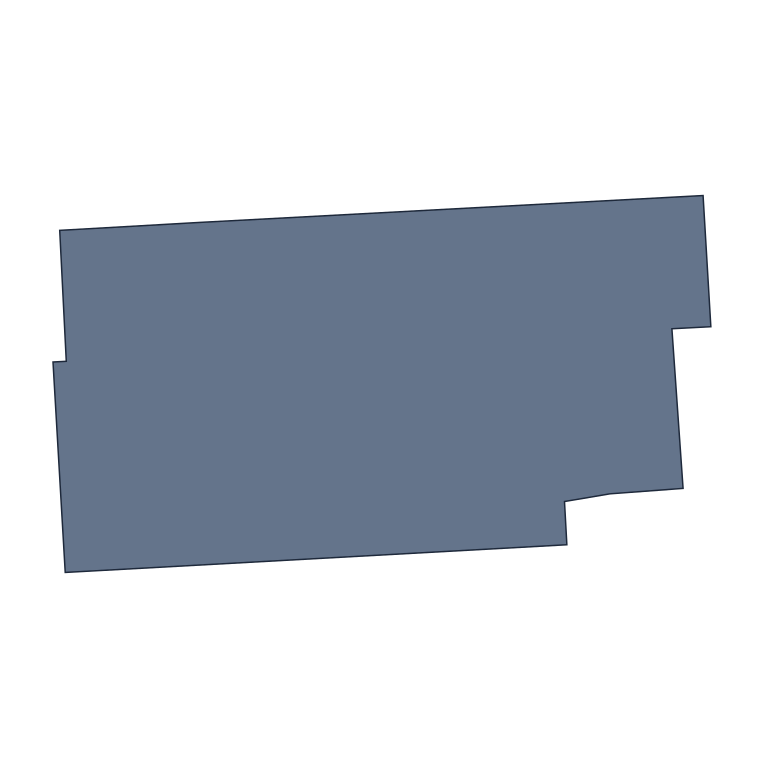 the district of Douglas, Illinois, United States of America, rotated 357°
{"feature_id": "52423323B58198584375209", "entity_name": "Douglas", "entity_type": "district", "adm_level": 2, "iso_a3": "USA", "parent_name": "United States of America", "parent_adm1": "Illinois", "projection": "robinson", "projection_center": [-88.204, 39.766], "detail": "fine", "context": "isolated", "style": "filled", "palette": "slate", "viewbox_px": 768, "rotation_deg": 357, "n_neighbors": 0, "source": "geoboundaries", "source_scale": "gbopen_adm2", "svg_char_len": 322}
<svg xmlns="http://www.w3.org/2000/svg" viewBox="0 0 768 768"><g transform="rotate(357 384 384)"><path d="M55.8,555.5L558.2,554.1L558.1,510.8L603.9,505.5L677.2,503.9L674.4,343.9L713.4,343.9L712.5,212.5L207.0,213.0L68.2,213.6L67.9,344.7L54.6,344.7L55.8,555.5Z" fill="#64748b" stroke="#1e293b" stroke-width="1.5"/></g></svg>